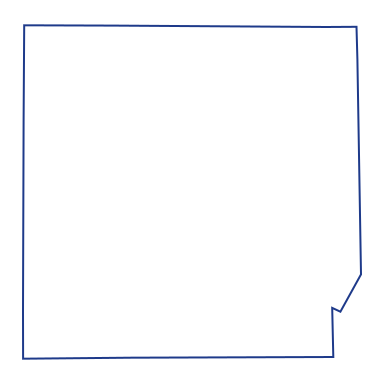 outline of Lawrence, Indiana, United States of America
{"feature_id": "52423323B62913714602818", "entity_name": "Lawrence", "entity_type": "district", "adm_level": 2, "iso_a3": "USA", "parent_name": "United States of America", "parent_adm1": "Indiana", "projection": "equal_earth", "projection_center": [-86.446, 38.839], "detail": "fine", "context": "isolated", "style": "outline", "palette": "blue", "viewbox_px": 384, "rotation_deg": 0, "n_neighbors": 0, "source": "geoboundaries", "source_scale": "gbopen_adm2", "svg_char_len": 285}
<svg xmlns="http://www.w3.org/2000/svg" viewBox="0 0 384 384"><path d="M325.9,27.0L114.1,25.6L24.2,25.3L23.6,120.8L23.0,311.2L23.1,358.7L130.6,357.7L333.3,357.0L332.2,307.9L340.4,311.7L361.0,274.4L357.4,59.4L356.5,26.8L325.9,27.0Z" fill="none" stroke="#1e3a8a" stroke-width="2"/></svg>